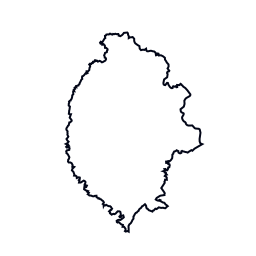 outline of São Francisco de Assis, Rio Grande do Sul, Brazil, rotated 230°
{"feature_id": "56859067B81817993019000", "entity_name": "São Francisco de Assis", "entity_type": "district", "adm_level": 2, "iso_a3": "BRA", "parent_name": "Brazil", "parent_adm1": "Rio Grande do Sul", "projection": "mercator", "projection_center": [-55.147, -29.45], "detail": "fine", "context": "isolated", "style": "outline", "palette": "ink", "viewbox_px": 256, "rotation_deg": 230, "n_neighbors": 0, "source": "geoboundaries", "source_scale": "gbopen_adm2", "svg_char_len": 5765}
<svg xmlns="http://www.w3.org/2000/svg" viewBox="0 0 256 256"><g transform="rotate(230 128 128)"><path d="M125.6,197.0L126.4,196.7L127.2,196.9L128.1,196.6L127.8,195.0L129.4,193.3L127.7,192.0L128.1,191.3L129.4,191.3L129.7,190.3L130.9,189.5L130.6,188.6L130.0,187.9L130.3,187.2L131.4,186.6L132.7,186.5L135.1,186.8L136.9,187.5L137.5,186.9L136.9,184.1L137.6,183.5L138.4,183.3L139.7,184.0L142.0,186.9L141.7,190.6L143.8,193.0L145.0,193.2L145.5,193.9L145.6,194.7L145.1,195.6L145.3,196.4L148.2,196.6L148.6,197.8L149.1,198.7L150.7,199.9L153.4,199.8L154.3,200.1L156.6,200.3L158.1,201.4L160.5,200.9L162.5,200.0L163.7,198.3L164.7,198.9L165.4,199.1L166.2,198.4L165.3,197.0L165.7,196.2L167.6,197.3L168.4,197.5L169.9,197.2L170.7,196.4L172.1,195.5L172.8,194.7L173.7,192.9L174.5,192.0L175.6,191.9L177.1,192.8L177.3,190.7L178.3,189.9L179.3,188.0L181.3,188.0L183.4,189.4L185.3,188.7L188.2,188.0L189.1,188.1L190.7,188.7L192.4,190.1L194.7,190.0L195.5,188.6L196.1,187.9L196.4,186.4L197.8,187.6L199.4,188.0L200.6,188.8L201.6,188.8L203.5,186.0L203.1,184.3L203.0,183.0L203.3,181.1L204.8,180.2L205.5,180.9L206.2,181.0L207.4,179.4L208.4,178.8L208.7,177.8L209.7,177.0L209.5,176.2L210.6,175.3L211.3,175.3L212.0,174.6L211.9,173.5L213.1,172.2L213.5,171.4L213.1,170.7L213.4,169.6L212.6,169.0L211.5,168.4L211.6,167.5L210.3,163.8L210.6,163.0L211.6,162.6L211.3,161.4L210.2,161.2L209.0,162.4L208.3,161.9L207.9,163.2L207.0,163.1L206.1,163.3L204.2,161.9L203.4,162.8L201.5,163.0L200.9,162.5L200.7,161.6L199.7,160.5L200.3,158.7L199.7,157.9L199.0,156.4L197.6,156.0L196.9,155.4L195.8,155.9L194.9,155.5L194.5,154.7L194.2,153.9L194.5,152.5L194.7,151.1L195.1,150.2L196.7,149.9L197.7,149.4L198.2,147.6L199.3,147.6L200.0,146.2L200.7,146.7L201.2,146.1L200.5,144.5L201.2,143.7L200.4,142.8L201.0,142.2L200.6,141.1L201.7,140.3L201.6,139.1L200.0,139.0L199.3,138.4L198.9,137.3L197.3,135.6L197.1,133.8L198.1,132.7L197.2,131.8L196.2,132.1L196.4,131.0L197.2,130.6L196.7,128.3L196.7,126.9L197.0,126.1L196.3,125.3L195.0,124.5L195.0,123.3L194.0,121.3L193.7,120.2L192.9,119.3L192.9,118.0L192.4,117.4L193.5,115.2L192.4,114.6L193.1,114.1L193.2,113.0L192.0,112.6L192.2,111.1L190.9,110.6L191.6,110.2L191.1,109.3L189.0,107.8L188.9,106.3L187.8,105.3L186.6,103.6L186.4,102.5L185.9,101.7L186.3,100.9L186.1,99.7L185.1,99.3L184.8,98.4L183.3,97.0L181.8,97.3L179.6,94.9L178.9,93.8L178.2,93.3L176.9,91.8L176.0,92.1L175.2,93.1L173.4,90.0L170.5,89.9L169.7,89.5L169.5,87.5L170.0,86.6L169.4,85.9L168.2,84.3L168.3,83.4L167.9,82.6L167.6,81.4L167.2,80.5L166.3,79.7L164.3,79.6L163.5,78.7L162.5,78.1L161.9,77.3L160.9,77.0L159.8,76.8L159.5,76.0L159.1,73.8L157.2,73.5L155.7,73.7L155.3,71.9L155.7,70.2L154.8,70.6L153.8,71.4L152.7,71.3L153.5,70.4L153.3,68.5L152.4,68.5L151.2,70.3L150.1,70.3L149.0,68.9L150.2,66.8L149.9,65.7L149.0,65.4L148.4,64.7L146.6,65.0L143.3,64.3L142.3,62.8L142.2,61.9L141.5,61.2L140.9,60.5L139.7,60.4L138.6,61.7L137.3,62.2L135.3,61.8L134.2,60.5L133.7,61.2L132.7,61.8L132.5,59.2L131.6,57.8L129.5,58.0L126.8,57.0L126.2,56.1L125.0,57.3L123.9,57.5L122.6,56.6L121.9,58.6L121.0,59.2L119.9,58.3L119.7,56.8L118.9,57.0L117.7,55.4L116.6,56.8L116.2,60.2L115.5,60.6L114.7,60.8L113.9,60.7L113.2,59.8L112.7,58.6L111.5,58.7L110.3,59.5L109.6,58.0L110.1,56.8L111.1,56.9L110.3,56.0L109.3,55.0L107.4,55.6L105.4,56.8L105.3,55.8L103.5,56.4L103.1,54.6L102.3,54.9L101.2,55.0L99.9,56.3L98.5,57.0L97.6,57.9L97.5,58.7L96.4,60.3L95.1,59.4L93.9,60.1L93.0,59.9L92.4,60.9L91.6,60.8L90.6,61.5L89.1,61.6L88.3,61.9L87.3,61.9L86.4,61.6L86.0,59.9L85.3,60.2L84.0,59.3L84.4,60.2L83.4,60.6L83.2,61.9L81.9,62.3L80.6,62.9L79.6,64.0L78.5,64.2L77.3,63.9L76.5,64.0L76.0,62.6L76.5,61.8L76.3,59.9L74.9,60.2L74.3,59.4L72.1,59.8L72.0,60.7L71.5,61.8L70.8,62.1L70.4,63.3L70.8,66.5L69.6,67.9L68.7,68.2L66.8,67.2L65.8,66.2L65.7,64.5L64.9,64.4L64.3,65.1L65.0,66.3L64.1,68.2L62.3,67.4L62.2,66.6L62.4,63.1L63.5,62.0L63.9,61.4L64.2,59.7L63.1,59.0L62.3,59.2L61.9,60.4L58.4,60.9L57.0,61.8L55.8,60.3L54.8,61.5L52.3,61.3L51.2,60.3L51.0,59.4L50.2,59.6L49.3,61.5L48.2,61.9L50.1,63.5L52.6,65.4L53.3,67.1L53.3,69.0L54.0,71.0L54.6,72.1L55.0,73.9L56.7,75.3L56.9,76.4L57.5,77.4L58.0,79.4L57.6,80.2L57.9,81.8L57.7,82.8L58.2,83.6L58.6,84.9L58.4,86.3L58.6,87.5L59.0,88.2L58.7,89.4L58.7,92.0L57.5,92.0L56.4,91.7L55.9,91.2L54.3,90.6L53.6,91.1L51.7,91.1L48.3,93.0L48.7,93.9L48.3,94.7L48.6,97.1L47.5,97.8L47.4,100.6L45.5,102.0L44.3,103.7L43.5,104.1L42.5,105.1L42.7,107.0L42.6,108.2L44.2,108.0L45.3,107.6L46.7,107.8L47.7,107.6L48.4,106.9L50.3,106.2L51.6,105.6L51.9,106.4L52.7,106.0L52.9,104.4L54.3,103.6L55.4,103.3L56.0,105.0L55.5,108.7L55.3,109.4L53.2,112.8L53.8,113.2L54.3,114.1L55.0,114.4L60.6,114.9L62.4,120.9L63.4,121.3L63.8,122.3L64.6,123.2L63.4,124.5L64.1,124.9L64.9,125.7L66.0,125.9L67.6,125.3L67.9,126.6L67.4,127.7L68.5,127.7L69.2,128.2L70.2,127.5L71.0,128.1L72.2,127.3L71.8,128.5L72.3,129.3L73.1,129.5L72.5,130.4L70.9,130.2L70.4,130.9L70.8,132.1L71.9,133.4L71.4,134.4L71.9,135.0L72.4,135.8L73.4,136.4L74.4,135.8L75.2,136.6L75.1,135.7L76.0,135.7L76.7,134.8L77.8,135.6L77.1,136.6L76.9,137.4L75.8,138.8L75.8,140.0L76.4,142.3L77.5,143.5L79.1,144.9L79.2,146.2L79.9,147.0L80.3,148.3L79.6,149.7L79.7,150.9L77.9,151.7L77.2,151.1L76.6,150.9L75.5,151.3L74.9,151.9L74.7,152.9L75.8,153.8L75.7,154.7L75.0,154.9L73.9,155.8L72.9,156.4L71.6,157.5L70.8,157.9L70.7,159.5L70.3,162.3L69.2,162.7L69.4,165.7L67.9,174.5L69.4,173.7L70.2,173.7L71.7,174.3L73.6,175.8L77.8,180.5L80.8,182.0L81.9,181.7L84.2,179.4L85.0,179.0L88.6,178.9L90.8,176.1L92.0,175.2L93.3,175.0L94.2,175.1L95.0,175.6L96.1,175.5L97.3,175.0L99.4,175.2L101.0,175.9L101.6,176.6L102.5,179.1L103.0,179.8L103.6,180.0L105.8,179.0L107.1,179.3L108.6,180.3L108.5,184.5L110.1,186.8L112.7,188.7L113.4,190.7L113.5,191.9L112.8,195.7L113.0,196.7L113.7,197.4L118.7,197.7L121.8,197.6L124.3,196.9L125.6,197.0Z" fill="none" stroke="#020617" stroke-width="2"/></g></svg>